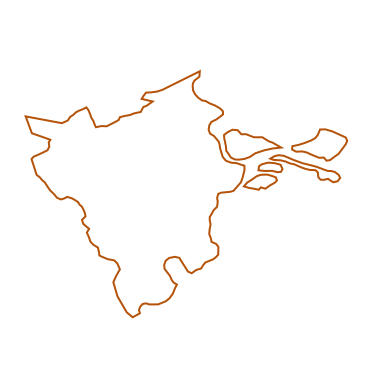 the district of Apicum-Açu, Maranhão, Brazil, rotated 85°
{"feature_id": "56859067B98855082713", "entity_name": "Apicum-Açu", "entity_type": "district", "adm_level": 2, "iso_a3": "BRA", "parent_name": "Brazil", "parent_adm1": "Maranhão", "projection": "natural_earth1", "projection_center": [-45.087, -1.505], "detail": "fine", "context": "isolated", "style": "outline", "palette": "amber", "viewbox_px": 384, "rotation_deg": 85, "n_neighbors": 0, "source": "geoboundaries", "source_scale": "gbopen_adm2", "svg_char_len": 3682}
<svg xmlns="http://www.w3.org/2000/svg" viewBox="0 0 384 384"><g transform="rotate(85 192 192)"><path d="M308.3,254.5L304.9,255.1L301.9,253.7L299.3,251.0L298.9,247.6L300.3,244.2L301.0,235.6L299.9,231.8L298.5,227.5L296.0,223.8L291.7,220.0L286.7,217.5L282.9,215.1L280.6,218.2L277.8,219.9L273.4,221.4L269.4,224.0L266.2,226.0L262.4,226.1L258.3,224.3L255.7,220.5L255.1,214.6L256.5,210.3L259.9,208.7L263.1,207.0L266.5,205.2L270.8,203.1L272.9,199.4L270.0,194.5L269.1,189.7L266.0,187.4L263.4,184.8L262.1,180.7L260.9,176.8L259.0,173.9L256.8,171.4L252.5,170.9L248.9,170.5L245.7,172.6L243.4,176.9L240.0,177.2L235.4,178.5L230.8,177.7L225.8,176.3L221.8,176.8L218.5,176.5L215.0,174.0L212.0,172.1L208.9,168.3L203.9,167.2L200.2,167.5L196.3,166.1L195.2,163.1L195.2,158.4L195.1,153.7L194.4,150.5L186.6,142.4L181.5,140.1L177.9,138.9L174.7,137.8L170.3,137.5L168.6,141.9L167.2,144.8L166.2,150.4L163.9,155.4L159.8,158.3L156.3,159.1L150.8,160.2L146.8,160.4L144.0,161.1L140.9,163.3L138.1,165.2L135.5,168.9L131.4,170.0L127.0,168.9L123.8,166.5L122.0,161.7L119.5,157.5L117.4,154.3L114.2,154.2L111.0,157.0L107.8,161.6L105.2,166.8L102.5,170.5L101.7,174.0L98.4,177.8L94.9,180.4L90.8,182.1L86.7,182.1L83.9,181.6L81.3,180.0L77.8,174.6L72.4,173.7L87.6,212.5L88.9,217.9L89.2,224.5L89.0,229.1L92.5,232.3L94.9,234.0L96.4,229.4L98.4,223.3L102.2,229.8L103.1,233.1L107.8,236.1L108.3,240.3L108.8,243.6L109.9,247.0L110.4,252.5L111.2,257.3L113.7,258.6L115.1,261.3L116.9,265.8L119.1,271.3L118.4,276.6L119.1,282.1L115.6,283.3L112.7,284.0L109.6,285.7L104.9,286.9L101.1,288.2L98.5,289.9L99.9,293.1L101.0,297.1L102.5,300.7L104.9,303.7L106.6,306.8L110.0,309.6L112.1,315.6L102.2,351.1L105.5,350.2L119.5,346.4L127.6,328.6L130.3,330.4L134.4,330.2L137.8,332.3L139.9,337.6L141.4,341.8L143.1,346.8L145.2,349.0L156.0,346.5L161.4,345.3L163.9,342.5L166.9,340.4L169.9,337.6L174.2,335.4L178.3,333.0L182.0,329.7L186.0,327.0L188.0,323.2L187.3,319.8L186.0,316.8L187.7,312.4L189.6,309.6L192.0,306.5L194.9,305.0L197.0,303.0L199.9,301.7L203.9,300.5L207.0,300.2L210.1,304.0L214.1,303.2L216.8,300.7L219.7,297.7L223.3,300.3L228.4,298.5L232.7,297.5L236.1,294.7L239.1,290.6L244.3,289.9L247.1,289.8L248.7,287.3L251.6,281.7L253.3,275.4L256.9,272.5L262.8,270.6L269.4,275.1L275.0,278.2L289.3,275.4L306.2,267.5L311.6,262.0L308.3,254.5ZM157.5,152.1L160.8,150.5L163.3,146.6L163.9,142.4L163.6,136.8L162.2,131.5L158.9,125.4L156.8,116.5L155.7,108.0L155.5,99.3L149.8,107.5L148.2,111.1L143.6,117.2L142.9,125.5L139.1,133.2L138.8,137.8L134.4,141.1L133.5,146.3L135.4,151.0L137.9,155.1L141.1,155.2L149.7,154.2L153.9,154.3L157.5,152.1ZM160.9,84.7L161.2,78.6L162.7,74.0L164.4,71.2L166.7,66.9L169.0,62.4L169.2,57.6L172.5,55.3L172.3,51.8L169.2,46.8L166.8,42.7L161.4,37.8L157.7,34.6L154.5,32.9L151.1,34.1L147.0,41.3L143.9,46.8L141.2,53.8L140.9,59.0L146.0,61.6L148.9,64.3L151.0,68.7L153.0,75.6L154.3,81.4L154.7,84.6L155.1,88.0L158.4,88.6L160.9,84.7ZM167.1,108.1L168.2,100.8L169.8,96.1L172.0,92.1L173.3,87.7L175.4,84.0L177.5,80.0L178.8,77.0L180.3,72.6L181.0,67.1L183.5,64.9L188.2,64.9L190.9,62.9L191.4,59.6L190.7,55.3L192.8,52.9L194.6,50.5L194.0,46.0L190.9,43.2L187.7,44.4L184.5,48.0L183.2,51.5L182.9,54.8L180.8,59.4L177.9,65.4L175.8,71.0L173.0,79.3L168.9,88.1L166.0,93.4L163.9,97.5L162.9,102.7L163.5,106.7L165.6,111.1L167.1,108.1ZM192.9,134.8L194.2,129.7L195.6,125.3L193.4,123.1L195.1,118.6L192.4,114.1L190.0,108.8L188.0,106.4L184.9,107.1L183.2,110.4L181.2,115.5L181.0,118.9L180.9,122.3L182.0,126.3L184.4,130.4L187.4,136.1L190.9,139.8L192.9,134.8ZM177.4,117.6L177.9,110.4L179.7,105.1L179.7,101.6L177.0,99.8L172.6,101.4L170.6,106.7L169.9,110.4L169.4,113.9L170.0,117.2L170.6,120.4L172.3,123.0L176.2,123.9L177.4,117.6Z" fill="none" stroke="#b45309" stroke-width="2"/></g></svg>